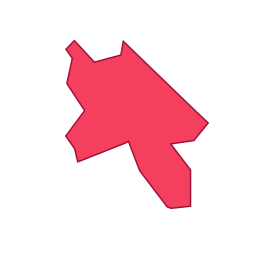 the district of Danville, Virginia, United States of America, rotated 224°
{"feature_id": "52423323B58138369943141", "entity_name": "Danville", "entity_type": "district", "adm_level": 2, "iso_a3": "USA", "parent_name": "United States of America", "parent_adm1": "Virginia", "projection": "natural_earth1", "projection_center": [-79.406, 36.593], "detail": "fine", "context": "isolated", "style": "filled", "palette": "rose", "viewbox_px": 256, "rotation_deg": 224, "n_neighbors": 0, "source": "geoboundaries", "source_scale": "gbopen_adm2", "svg_char_len": 445}
<svg xmlns="http://www.w3.org/2000/svg" viewBox="0 0 256 256"><g transform="rotate(224 128 128)"><path d="M191.6,187.1L183.8,175.5L198.0,152.0L227.3,153.6L227.3,141.5L216.4,139.4L202.9,117.5L171.3,110.4L167.2,79.0L151.9,76.0L140.6,68.7L119.5,115.3L118.3,118.7L89.9,105.4L45.1,98.5L41.3,100.1L28.7,115.2L53.9,141.3L86.3,146.2L71.9,164.7L73.8,187.3L96.2,187.1L96.4,187.1L191.6,187.1Z" fill="#f43f5e" stroke="#9f1239" stroke-width="1.5"/></g></svg>